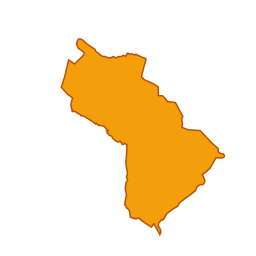 San, Ségou, Mali (Robinson projection), rotated 135°
{"feature_id": "8926073B15709511390037", "entity_name": "San", "entity_type": "district", "adm_level": 2, "iso_a3": "MLI", "parent_name": "Mali", "parent_adm1": "Ségou", "projection": "robinson", "projection_center": [-4.933, 13.109], "detail": "fine", "context": "isolated", "style": "filled", "palette": "amber", "viewbox_px": 256, "rotation_deg": 135, "n_neighbors": 0, "source": "geoboundaries", "source_scale": "gbopen_adm2", "svg_char_len": 2408}
<svg xmlns="http://www.w3.org/2000/svg" viewBox="0 0 256 256"><g transform="rotate(135 128 128)"><path d="M131.9,36.8L124.4,36.0L121.4,37.4L119.1,37.5L116.8,36.8L115.2,35.0L112.4,35.4L110.8,36.4L108.2,42.6L105.5,42.0L98.9,41.5L86.8,44.7L82.6,40.2L81.2,39.6L79.9,39.7L79.0,40.9L79.1,42.5L80.2,43.9L81.0,45.8L80.9,47.3L78.8,49.9L79.3,58.0L78.8,75.1L86.7,84.2L89.4,90.2L88.8,90.5L88.6,90.7L86.1,92.9L84.5,95.4L82.6,96.9L81.4,97.2L81.1,97.3L78.1,107.1L76.5,112.5L81.4,118.9L80.8,122.6L80.9,126.4L83.6,129.4L77.6,135.5L78.9,141.7L82.4,150.7L82.2,154.9L66.6,163.9L67.0,164.4L66.7,164.8L66.8,165.6L67.8,167.6L68.6,169.7L69.5,172.4L70.0,173.1L70.2,174.6L71.3,174.7L72.7,177.0L72.9,177.9L74.6,179.0L75.2,181.0L75.9,181.3L76.1,181.3L76.4,181.2L76.9,180.7L77.7,180.7L78.5,180.3L79.0,180.2L79.2,181.5L80.1,182.8L81.3,182.9L82.1,183.4L83.4,184.2L84.3,185.2L87.3,186.4L87.7,188.7L88.3,189.2L90.3,189.7L91.2,190.4L93.0,192.9L94.1,195.4L95.4,196.6L95.9,199.6L96.0,201.7L96.1,202.0L96.5,203.8L96.4,205.7L95.7,206.8L96.7,211.9L97.6,216.5L97.7,221.3L98.4,224.3L100.1,225.9L102.3,225.4L105.0,223.8L106.8,219.7L105.8,213.9L105.8,212.0L106.9,211.3L108.9,211.0L120.4,211.0L121.9,218.1L136.2,209.2L146.4,204.0L146.9,194.9L146.0,188.3L150.3,186.1L152.8,184.0L153.5,182.4L154.8,180.6L154.6,179.8L155.7,179.3L155.3,178.4L154.7,178.3L153.3,176.0L153.5,174.8L153.0,174.2L152.7,172.2L152.1,170.7L152.6,170.1L152.3,169.6L151.7,169.1L151.1,167.6L150.2,165.8L150.2,164.4L149.3,161.1L149.1,160.5L149.4,159.7L148.6,158.7L148.2,155.1L148.0,153.5L147.1,153.7L146.9,150.3L145.7,149.2L143.8,146.5L143.8,144.0L144.2,142.4L143.8,140.3L145.2,140.8L145.0,140.0L146.4,139.1L145.7,137.2L146.4,136.6L146.4,135.8L145.9,134.9L145.4,134.1L145.2,133.6L145.5,133.1L146.1,131.9L145.8,127.1L144.6,124.6L143.3,124.7L143.1,124.3L142.9,123.9L143.6,120.9L143.2,119.7L141.4,119.8L140.9,117.9L140.5,117.3L142.9,114.6L154.3,104.7L154.8,104.1L160.8,95.9L163.3,94.9L165.4,91.2L168.0,90.8L172.9,87.0L176.3,81.9L184.7,76.1L184.5,74.1L185.5,72.8L185.2,70.9L185.5,68.5L189.4,63.0L187.6,59.5L186.4,57.8L184.3,57.3L183.3,49.5L181.5,41.3L177.5,42.1L180.0,32.7L180.9,30.1L178.6,31.0L177.0,33.0L176.2,35.5L175.6,37.8L173.3,39.1L170.3,39.2L169.4,39.4L169.0,38.9L168.1,38.5L167.2,38.5L166.2,38.5L165.4,38.9L165.1,39.1L164.5,38.9L163.2,39.5L160.8,40.0L153.7,39.0L148.2,37.6L144.1,38.7L138.4,37.9L135.2,37.4L131.9,36.8Z" fill="#f59e0b" stroke="#b45309" stroke-width="1.5"/></g></svg>